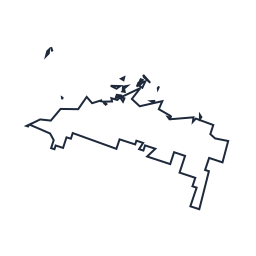 Karratha, Western Australia, Australia (orthographic projection), rotated 18°
{"feature_id": "25037944B65347816419811", "entity_name": "Karratha", "entity_type": "district", "adm_level": 2, "iso_a3": "AUS", "parent_name": "Australia", "parent_adm1": "Western Australia", "projection": "orthographic", "projection_center": [116.53, -21.039], "detail": "medium", "context": "isolated", "style": "outline", "palette": "slate", "viewbox_px": 256, "rotation_deg": 18, "n_neighbors": 0, "source": "geoboundaries", "source_scale": "gbopen_adm2", "svg_char_len": 1846}
<svg xmlns="http://www.w3.org/2000/svg" viewBox="0 0 256 256"><g transform="rotate(18 128 128)"><path d="M220.9,183.2L218.3,144.1L214.3,144.1L214.4,131.4L228.5,131.5L227.3,109.4L214.1,111.0L208.2,108.4L208.2,98.8L189.6,98.1L187.8,102.0L187.0,97.6L164.8,106.9L162.6,105.3L164.6,105.3L165.4,104.0L164.7,103.4L151.5,100.6L152.3,91.9L132.4,103.7L122.7,99.2L127.4,86.2L111.9,100.8L115.4,100.9L115.1,104.5L111.0,101.3L109.1,104.7L103.0,104.8L104.6,107.7L96.9,110.4L97.7,111.6L98.1,111.6L98.6,111.7L99.6,112.5L99.8,112.0L100.1,111.8L100.8,112.5L100.1,111.9L99.5,112.6L97.8,112.0L96.7,110.6L93.8,110.9L93.7,110.2L86.2,115.5L79.1,111.2L74.8,125.5L58.0,130.7L52.3,144.8L41.8,147.0L33.3,155.2L55.6,157.3L61.1,162.5L61.1,170.9L64.6,170.9L64.6,167.0L72.4,167.0L72.4,155.9L77.0,155.8L77.0,149.9L123.4,151.4L123.5,141.4L139.9,141.4L139.9,137.5L147.0,137.5L145.1,144.7L149.6,144.7L149.6,139.3L160.4,139.3L155.0,149.2L179.3,149.3L179.3,136.8L190.9,136.9L190.8,154.5L207.4,154.6L207.3,163.5L211.7,163.5L211.5,183.2L220.9,183.2ZM125.5,84.3L129.2,85.3L130.1,78.3L127.7,80.1L125.5,84.3ZM104.9,94.2L107.7,90.5L98.5,93.2L104.9,94.2ZM112.3,99.0L107.1,99.9L107.0,103.1L112.3,99.0ZM110.5,90.2L111.2,93.1L114.3,88.2L110.5,90.2ZM127.4,74.7L135.2,78.1L126.1,72.8L127.4,74.7ZM192.4,93.4L193.6,97.1L194.4,95.0L192.4,93.4ZM108.9,83.9L108.7,80.9L106.2,83.3L108.9,83.9ZM28.7,77.7L27.5,80.0L27.8,85.1L29.6,81.5L28.7,77.7ZM113.7,94.7L112.4,92.3L111.3,95.0L113.7,94.7ZM123.9,82.4L123.6,85.9L125.8,81.7L123.9,82.4ZM125.9,78.6L123.6,82.3L126.6,78.5L125.9,78.6ZM32.5,157.4L32.9,155.4L30.8,157.4L32.5,157.4ZM29.9,74.9L31.8,78.0L32.4,78.3L29.9,74.9ZM143.0,95.6L145.4,93.8L141.5,95.4L143.0,95.6ZM144.7,78.9L144.0,80.9L144.4,81.7L144.7,78.9ZM55.7,119.3L56.5,121.0L56.4,119.5L55.7,119.3ZM125.0,77.7L124.8,79.8L126.3,77.7L125.0,77.7Z" fill="none" stroke="#1e293b" stroke-width="2"/></g></svg>